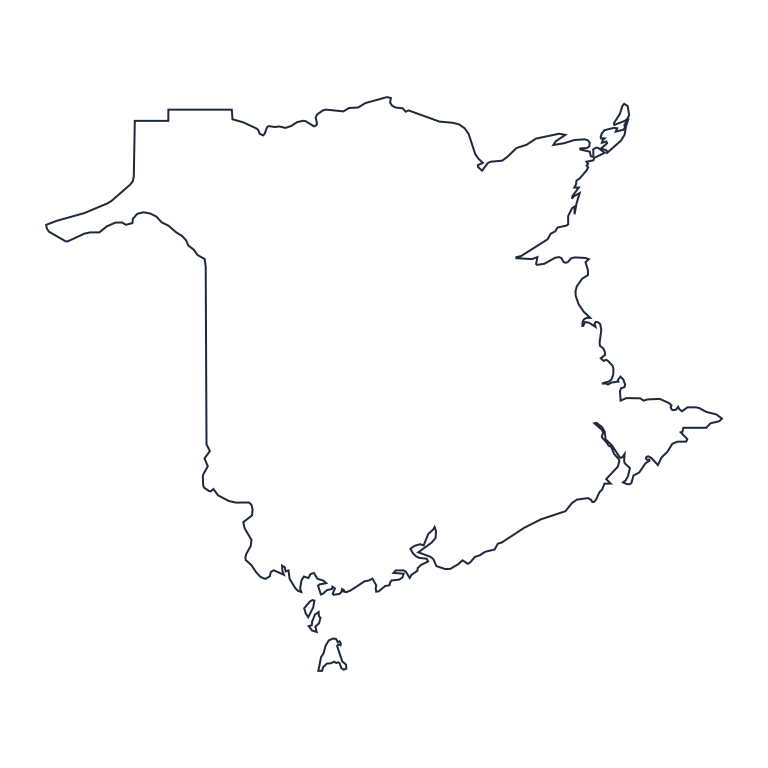 New Brunswick, Equal Earth projection
{"feature_id": "CAN-684", "entity_name": "New Brunswick", "entity_type": "Province", "adm_level": 1, "iso_a3": "CAN", "parent_name": "Canada", "parent_adm1": "", "projection": "equal_earth", "projection_center": [-65.996, 46.339], "detail": "fine", "context": "isolated", "style": "outline", "palette": "slate", "viewbox_px": 768, "rotation_deg": 0, "n_neighbors": 0, "source": "natural_earth", "source_scale": "10m", "svg_char_len": 6120}
<svg xmlns="http://www.w3.org/2000/svg" viewBox="0 0 768 768"><path d="M283.9,574.8L273.7,570.3L270.8,572.0L269.8,576.3L265.3,578.9L260.5,576.9L256.2,572.3L251.4,565.1L245.8,560.1L245.4,557.4L246.2,554.1L250.7,546.0L251.5,539.9L244.7,528.4L243.3,522.2L252.0,515.4L252.6,509.5L251.4,504.7L249.0,502.5L235.9,502.6L228.8,501.0L218.1,495.4L213.4,489.0L210.8,491.4L209.0,491.0L204.1,487.7L203.2,485.5L202.8,476.6L203.4,474.1L207.8,466.3L204.5,458.4L209.9,451.1L206.5,444.4L205.7,266.7L204.7,259.1L197.5,255.0L193.9,249.8L188.4,245.6L186.0,240.2L182.1,236.0L176.3,232.4L168.5,225.7L161.6,222.3L156.4,216.6L150.2,213.5L143.4,212.3L137.3,213.8L132.9,218.8L132.4,223.1L126.0,224.8L122.0,222.5L115.5,222.6L106.9,226.3L99.3,232.4L90.0,232.4L84.3,233.7L67.9,241.3L65.8,241.4L48.9,231.7L46.8,228.4L46.1,224.9L56.4,220.9L84.3,213.1L107.4,203.4L111.4,201.0L130.0,184.8L132.8,181.2L133.8,176.3L134.8,120.9L168.3,120.9L168.4,109.7L231.8,109.7L232.5,119.3L243.2,122.3L256.7,128.6L258.3,130.2L259.6,133.7L263.1,135.4L264.7,133.7L267.0,127.3L268.7,126.1L274.7,127.0L279.5,126.5L285.4,127.9L291.0,126.1L297.2,122.1L302.9,120.8L305.5,121.1L314.1,126.4L316.6,125.1L316.9,122.7L315.7,117.6L317.1,114.5L322.7,110.5L326.1,109.6L343.3,111.4L349.1,108.0L358.2,107.5L365.3,103.1L387.0,97.1L390.9,98.0L390.1,102.7L392.2,105.8L395.5,107.5L402.7,108.3L405.7,111.7L408.5,110.4L439.5,121.6L452.8,122.8L458.9,124.3L464.7,128.3L468.6,133.9L475.2,154.0L478.5,158.8L482.9,162.8L477.8,165.2L478.1,167.0L482.1,170.7L487.7,163.1L490.8,161.7L502.1,160.7L507.2,157.0L516.5,148.0L526.5,144.8L536.0,138.6L559.3,133.7L565.3,134.9L555.7,141.3L553.3,145.0L563.8,143.3L574.5,140.0L584.6,139.3L587.9,140.3L589.7,142.8L589.3,146.4L586.8,148.1L580.3,148.4L580.3,149.5L589.8,151.7L590.8,156.3L592.6,156.7L593.4,155.6L593.2,149.5L596.1,147.6L598.3,148.0L604.7,152.8L594.2,157.9L593.4,160.3L586.5,161.7L588.1,164.0L586.6,165.7L588.2,167.4L586.3,170.8L579.6,178.5L576.5,180.6L575.9,184.6L574.4,187.5L578.8,187.5L572.5,196.0L571.9,198.7L573.7,196.4L579.7,193.0L576.5,203.5L574.6,214.3L574.5,206.6L572.1,208.1L568.1,216.1L568.2,224.3L566.4,225.6L557.6,227.5L555.3,231.3L550.6,233.8L547.6,239.3L521.0,256.1L516.4,257.1L516.4,258.2L532.1,259.1L537.4,257.1L536.1,264.0L537.0,264.9L544.3,263.8L555.2,257.7L559.1,257.1L561.4,258.1L563.5,261.9L565.3,262.8L567.7,262.2L571.3,258.2L574.9,257.4L585.5,258.0L588.8,259.2L585.5,262.2L587.9,270.1L588.0,275.0L582.2,278.7L576.8,286.3L575.5,291.2L575.7,295.8L578.7,304.4L583.5,311.5L590.2,317.9L586.7,317.9L584.1,319.2L582.6,321.8L582.3,325.9L583.2,325.9L585.0,322.1L589.0,322.7L595.5,326.9L594.6,323.6L595.7,322.0L597.9,322.2L600.2,324.1L601.3,329.9L599.6,342.4L599.9,345.7L603.4,348.6L604.8,351.7L605.1,354.9L600.8,358.2L603.6,360.9L606.3,359.8L608.1,361.0L612.5,365.7L613.4,368.3L613.3,374.4L611.7,379.1L609.4,381.3L601.9,383.5L605.9,383.5L607.9,384.5L611.7,382.5L618.4,381.6L617.8,380.1L620.5,376.6L623.3,379.5L625.1,384.4L624.5,387.1L621.0,388.3L620.0,391.4L620.6,400.6L626.4,398.1L640.3,398.3L643.5,400.6L647.8,399.4L659.8,398.9L668.6,402.9L671.5,405.4L670.7,407.3L671.7,409.6L673.0,410.2L676.1,409.6L678.2,406.8L679.1,408.9L681.9,411.3L687.5,407.3L695.8,407.3L699.3,408.1L706.0,411.8L716.5,414.5L721.9,418.6L719.3,421.2L710.5,423.3L706.2,427.8L683.3,427.8L682.5,431.7L680.7,432.3L687.3,439.1L686.2,441.6L677.4,441.7L672.3,443.8L667.4,451.8L661.5,457.5L657.9,465.1L651.6,458.1L648.3,456.3L646.5,456.9L645.9,458.4L646.8,459.7L649.3,459.7L649.3,460.9L645.6,463.2L639.2,472.5L633.5,475.5L631.4,483.0L629.6,484.2L627.1,484.2L623.0,482.4L625.5,480.6L627.8,476.6L630.0,468.2L624.7,463.2L624.1,460.8L624.6,454.0L622.5,457.1L620.9,457.9L619.4,456.8L611.9,445.3L605.6,439.3L604.7,431.8L602.3,427.4L596.5,422.8L594.4,423.3L601.5,429.5L603.2,432.3L601.8,436.4L602.4,437.9L606.9,442.7L608.5,445.6L611.2,446.9L614.1,454.0L618.6,458.9L619.4,460.9L617.8,466.7L606.2,479.1L610.7,483.6L604.5,483.6L602.2,489.5L599.5,492.1L596.0,499.7L594.1,501.9L592.4,502.1L591.0,499.8L588.1,498.1L576.9,499.6L572.0,503.0L565.4,511.2L541.0,519.3L524.2,527.8L501.8,542.5L497.9,543.6L494.6,549.5L485.1,551.8L479.6,555.4L474.9,556.9L470.3,562.3L467.8,563.8L462.5,560.3L458.2,564.2L450.3,568.9L445.0,569.0L436.4,566.1L433.4,559.2L430.7,556.9L418.3,552.3L431.5,542.7L435.6,538.0L436.0,531.1L434.6,527.0L433.2,529.5L428.3,533.9L423.6,545.4L420.1,544.2L414.6,545.8L410.4,548.8L413.0,553.4L415.9,556.2L419.2,557.9L426.7,558.7L428.1,561.5L420.9,565.0L417.6,568.2L417.5,570.7L411.4,574.9L409.7,578.0L405.9,571.8L403.6,570.4L395.8,570.4L393.5,572.9L403.7,573.7L402.4,577.6L399.1,579.6L391.5,580.5L390.0,582.7L389.5,585.2L385.0,586.1L378.8,591.3L376.2,591.7L375.7,588.3L376.3,585.5L372.4,578.6L368.6,580.6L364.7,581.2L350.5,590.5L346.3,592.2L343.0,591.3L343.9,590.1L342.1,589.0L341.3,592.2L339.4,593.9L333.7,594.8L332.7,593.7L334.9,588.5L332.4,586.6L331.9,589.0L327.0,590.1L323.0,593.7L320.9,594.5L318.0,585.6L319.6,584.4L326.2,583.2L323.4,580.6L317.4,578.8L313.9,572.9L310.4,574.2L308.4,578.1L303.9,576.5L301.4,580.6L300.7,585.1L300.1,588.5L301.3,592.0L298.0,590.9L295.4,588.3L289.6,578.9L288.5,570.4L285.6,571.4L284.9,567.4L282.1,565.6L282.4,570.9L283.9,574.8ZM323.6,653.2L325.5,645.9L328.8,640.4L333.3,638.5L336.1,639.0L337.7,642.1L339.5,641.3L340.9,643.6L340.5,645.2L338.2,644.4L337.1,646.0L342.3,661.4L346.1,664.7L346.3,668.6L343.8,669.7L341.3,668.1L339.5,663.0L338.0,662.3L336.2,663.0L334.2,661.7L330.8,663.3L327.0,663.5L323.3,667.0L322.1,670.9L318.3,670.9L321.1,657.0L323.6,653.2ZM625.2,127.2L624.3,125.1L628.6,118.3L625.9,126.7L624.7,134.5L621.0,140.6L607.2,152.8L606.5,150.4L601.1,148.4L607.1,143.3L606.4,141.5L601.9,142.8L602.8,140.1L604.5,138.4L601.0,138.4L600.6,137.2L601.7,133.6L604.5,130.2L613.7,127.9L617.2,128.3L615.7,131.6L623.3,129.8L625.2,127.2ZM619.9,113.9L622.4,105.9L624.2,103.8L627.6,106.0L629.2,115.2L627.3,118.8L624.8,120.9L614.3,124.9L613.9,123.2L619.9,113.9ZM319.1,623.3L315.3,626.6L316.7,632.0L312.0,630.5L308.7,626.1L311.7,625.3L312.2,621.5L315.0,614.5L318.7,612.1L318.8,615.9L320.4,617.8L319.1,623.3ZM313.2,607.5L308.2,617.2L305.7,613.4L304.2,608.2L309.8,601.6L312.4,600.1L314.4,600.6L313.2,607.5Z" fill="none" stroke="#1e293b" stroke-width="2"/></svg>